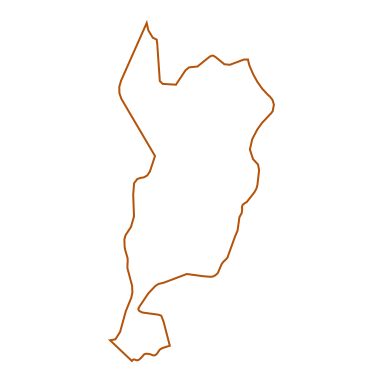 map outline of San Marcos (Equal Earth projection)
{"feature_id": "GTM-1947", "entity_name": "San Marcos", "entity_type": "Department", "adm_level": 1, "iso_a3": "GTM", "parent_name": "Guatemala", "parent_adm1": "", "projection": "equal_earth", "projection_center": [-91.97, 14.971], "detail": "fine", "context": "isolated", "style": "outline", "palette": "amber", "viewbox_px": 384, "rotation_deg": 0, "n_neighbors": 0, "source": "natural_earth", "source_scale": "10m", "svg_char_len": 1712}
<svg xmlns="http://www.w3.org/2000/svg" viewBox="0 0 384 384"><path d="M110.1,340.3L115.4,339.3L120.1,331.9L125.8,311.2L131.3,297.7L132.4,292.4L132.1,285.8L127.5,268.5L127.4,266.0L127.7,260.9L127.6,258.2L125.1,249.6L124.6,246.6L124.4,239.3L125.6,235.1L131.0,226.9L134.0,216.4L133.2,194.6L134.1,183.2L137.2,179.1L140.4,177.9L143.8,177.4L147.2,175.5L149.9,171.5L155.0,156.0L121.4,98.9L119.4,93.2L119.3,86.7L121.1,80.6L125.9,69.8L138.5,41.4L146.7,23.0L148.3,30.3L152.8,37.7L156.7,39.6L157.3,44.7L159.8,81.0L162.7,83.9L176.0,84.7L176.7,83.5L185.5,70.3L189.0,67.4L197.5,66.5L205.4,60.1L209.8,56.6L211.5,55.8L213.2,55.6L215.5,57.0L224.3,64.2L229.8,64.8L244.0,59.5L248.0,59.5L248.2,60.8L249.4,65.5L253.1,74.1L257.4,81.9L262.2,88.7L267.4,94.3L269.9,96.6L272.5,99.9L273.9,104.6L272.7,111.2L271.0,113.4L262.0,122.9L257.3,129.5L252.3,139.0L249.9,149.4L253.0,159.1L258.0,164.5L259.1,170.1L257.4,185.1L256.4,188.7L254.3,192.4L246.7,202.1L244.7,203.2L242.6,204.9L242.3,205.8L242.0,207.3L242.2,209.7L241.7,213.0L239.4,217.3L237.6,230.4L235.7,235.0L235.3,235.8L228.3,255.2L228.0,256.3L227.4,257.6L226.4,258.9L223.0,262.2L221.8,263.9L221.2,265.1L217.8,273.1L215.3,275.3L213.0,276.5L210.4,276.8L203.1,276.2L186.8,274.0L164.0,282.6L158.4,284.0L155.3,286.0L148.3,293.4L139.3,306.8L138.3,309.0L138.6,310.0L139.4,311.0L141.6,312.2L143.0,312.6L158.4,314.7L160.6,315.4L161.3,315.8L163.6,321.8L169.8,345.7L162.1,348.2L159.8,349.6L156.9,353.8L155.9,354.7L154.9,355.3L154.2,355.4L153.4,355.4L152.7,355.2L151.3,354.6L148.8,353.9L146.2,353.7L145.0,354.0L144.1,354.4L141.7,357.2L139.4,359.4L138.1,360.1L136.8,360.3L134.1,359.4L133.1,359.7L132.4,360.0L132.0,360.9L131.9,361.0L110.1,340.3Z" fill="none" stroke="#b45309" stroke-width="2"/></svg>